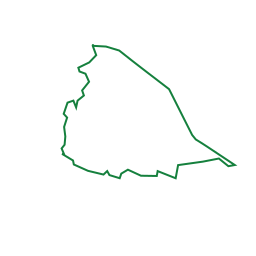 Bullitt, Kentucky, United States of America, rotated 57°
{"feature_id": "52423323B29669005375305", "entity_name": "Bullitt", "entity_type": "district", "adm_level": 2, "iso_a3": "USA", "parent_name": "United States of America", "parent_adm1": "Kentucky", "projection": "mercator", "projection_center": [-85.706, 37.962], "detail": "fine", "context": "isolated", "style": "outline", "palette": "green", "viewbox_px": 256, "rotation_deg": 57, "n_neighbors": 0, "source": "geoboundaries", "source_scale": "gbopen_adm2", "svg_char_len": 774}
<svg xmlns="http://www.w3.org/2000/svg" viewBox="0 0 256 256"><g transform="rotate(57 128 128)"><path d="M217.2,58.6L186.7,71.8L182.0,73.9L174.5,77.4L168.8,78.0L151.3,76.1L122.5,72.9L117.8,72.4L90.7,82.0L81.3,85.3L72.4,88.4L58.2,93.2L47.7,102.1L40.1,112.5L38.8,111.8L39.8,112.8L49.6,115.0L51.9,124.8L50.4,136.8L54.2,137.9L59.3,134.1L68.0,135.5L71.5,146.0L76.7,147.3L77.6,155.4L82.5,160.3L75.3,158.9L73.8,164.9L81.1,174.2L86.1,173.4L92.3,181.0L101.0,185.2L107.5,190.3L109.0,194.8L115.1,195.9L113.8,197.4L125.3,191.8L129.1,193.3L142.1,184.9L153.7,173.9L152.8,168.9L157.4,169.2L165.6,162.3L162.6,158.5L162.9,150.8L175.1,143.1L183.9,130.0L180.3,126.6L196.1,115.4L186.4,106.2L197.0,83.5L203.1,68.4L214.7,64.6L217.2,58.6Z" fill="none" stroke="#15803d" stroke-width="2"/></g></svg>